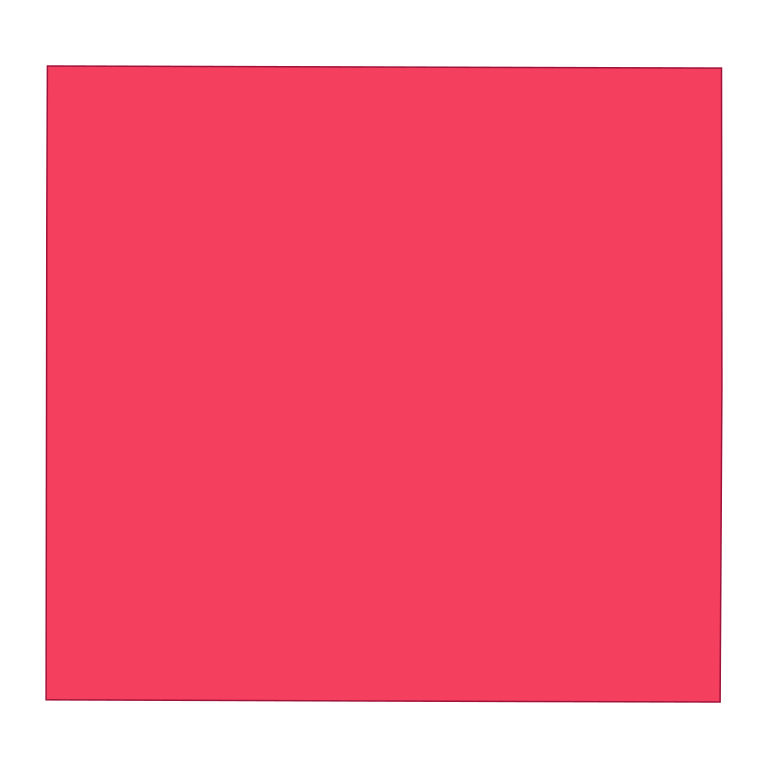 the district of Cedar, Iowa, United States of America
{"feature_id": "52423323B563666297739", "entity_name": "Cedar", "entity_type": "district", "adm_level": 2, "iso_a3": "USA", "parent_name": "United States of America", "parent_adm1": "Iowa", "projection": "natural_earth1", "projection_center": [-91.134, 41.772], "detail": "fine", "context": "isolated", "style": "filled", "palette": "rose", "viewbox_px": 768, "rotation_deg": 0, "n_neighbors": 0, "source": "geoboundaries", "source_scale": "gbopen_adm2", "svg_char_len": 233}
<svg xmlns="http://www.w3.org/2000/svg" viewBox="0 0 768 768"><path d="M47.4,66.0L46.8,224.5L46.1,699.8L520.2,701.5L567.8,701.6L720.1,702.0L721.9,385.5L721.5,68.1L47.4,66.0Z" fill="#f43f5e" stroke="#9f1239" stroke-width="1.5"/></svg>